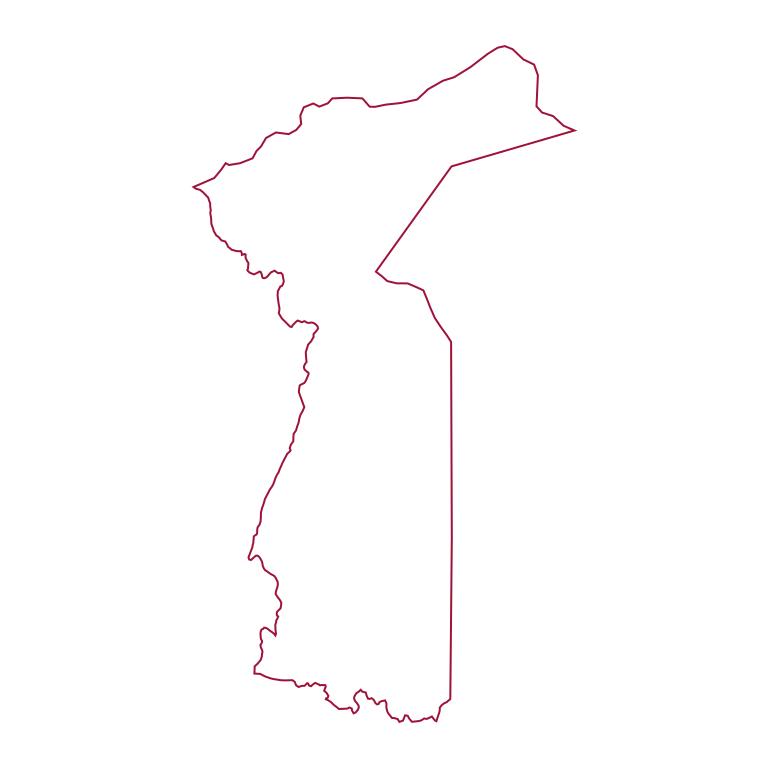 Ayene, Wele-Nzás, Equatorial Guinea
{"feature_id": "11065452B61336086634219", "entity_name": "Ayene", "entity_type": "district", "adm_level": 2, "iso_a3": "GNQ", "parent_name": "Equatorial Guinea", "parent_adm1": "Wele-Nzás", "projection": "robinson", "projection_center": [10.614, 1.791], "detail": "fine", "context": "isolated", "style": "outline", "palette": "rose", "viewbox_px": 768, "rotation_deg": 0, "n_neighbors": 0, "source": "geoboundaries", "source_scale": "gbopen_adm2", "svg_char_len": 4899}
<svg xmlns="http://www.w3.org/2000/svg" viewBox="0 0 768 768"><path d="M449.7,699.7L450.3,698.9L451.8,538.2L451.1,341.9L447.0,335.5L440.6,326.7L434.8,317.9L430.1,307.2L427.1,299.4L423.4,290.4L417.9,287.8L407.6,283.4L396.6,283.3L387.3,281.1L381.6,276.0L375.9,271.7L451.5,166.4L574.5,130.5L563.6,125.8L553.1,116.1L542.0,112.5L536.5,106.3L537.9,75.3L534.1,64.6L523.3,59.4L512.6,49.2L504.8,46.1L497.7,47.7L487.8,53.8L470.6,67.0L454.2,77.2L442.8,80.8L428.1,89.2L417.0,99.6L400.1,103.1L385.9,104.6L375.2,106.8L369.7,106.7L362.4,98.4L347.0,97.7L335.2,98.3L332.2,98.4L327.9,103.3L319.3,106.6L313.3,103.5L303.8,107.3L300.3,115.6L301.2,124.0L296.3,129.9L288.7,134.1L275.9,132.5L266.0,138.0L261.0,146.5L256.5,151.0L252.6,158.3L249.9,159.3L249.6,159.5L240.0,163.2L229.1,165.0L225.7,163.2L221.3,169.5L214.3,178.0L193.5,187.0L194.8,188.0L195.9,188.7L200.1,189.9L203.2,192.4L206.5,195.9L208.3,197.7L208.7,199.4L210.2,203.6L210.2,206.4L210.8,210.6L210.2,212.7L211.1,218.0L211.4,223.9L212.9,228.1L213.9,231.3L216.3,235.5L218.5,236.9L221.5,240.4L225.3,241.5L227.3,244.9L228.0,246.7L231.8,249.8L236.3,251.0L238.7,251.3L240.8,251.1L241.8,253.0L241.9,254.9L244.8,254.0L245.6,254.5L245.6,257.9L247.2,261.3L248.1,262.4L248.4,263.2L248.0,268.5L247.3,270.3L249.6,272.6L252.6,273.9L254.0,274.4L255.6,273.6L257.2,272.9L259.4,271.6L260.6,271.9L261.4,273.5L262.0,275.4L262.2,277.0L263.1,278.1L265.0,278.1L266.7,277.1L267.8,276.1L268.9,274.6L271.2,272.2L274.7,270.7L276.6,272.2L278.2,273.2L280.8,272.8L282.5,274.4L283.8,281.2L283.0,284.1L281.8,286.1L280.4,286.4L277.8,291.3L277.8,292.9L277.6,294.5L277.6,295.9L278.7,304.2L279.5,308.4L279.3,310.6L278.8,313.3L281.7,318.2L283.9,320.5L285.4,321.9L287.4,324.0L290.2,326.7L291.8,326.9L292.7,325.2L295.8,322.0L297.5,320.6L298.7,320.9L300.4,321.6L301.9,322.2L303.8,321.4L304.7,321.2L306.0,322.1L307.5,322.8L309.6,322.8L311.8,322.5L313.3,322.9L315.1,323.8L317.5,326.2L318.1,328.4L317.4,329.6L315.7,331.8L313.7,333.8L313.5,335.1L313.6,336.9L311.1,341.3L308.1,344.6L306.9,348.7L305.8,352.1L306.0,356.3L306.4,360.7L306.6,361.9L305.1,363.9L303.9,366.5L304.0,367.6L304.5,369.5L307.1,371.8L308.1,372.4L308.6,373.3L308.4,374.7L305.9,380.6L305.2,381.7L304.3,382.9L303.1,383.6L300.2,385.0L299.6,386.0L299.3,387.9L298.8,391.8L299.5,394.0L304.3,407.1L302.6,411.1L300.4,415.0L299.4,418.2L298.6,422.6L297.2,426.4L296.0,430.5L293.7,433.7L293.4,437.0L293.3,441.3L290.8,444.8L289.7,448.2L290.6,450.4L289.1,452.2L287.3,453.7L282.9,462.0L279.5,469.7L278.5,472.5L277.1,474.6L275.5,477.9L274.2,481.7L273.0,484.8L271.6,487.1L270.0,489.3L269.0,491.2L267.3,494.5L264.9,499.1L264.1,502.1L263.1,505.4L262.2,507.7L261.4,510.7L260.9,512.8L260.9,516.2L260.6,521.3L259.5,524.8L258.3,526.2L257.5,527.7L257.2,529.9L257.2,532.0L256.8,534.2L256.1,534.8L254.7,535.6L253.8,536.5L253.6,539.2L253.3,542.9L252.5,545.7L252.5,546.9L248.5,557.3L249.2,559.5L251.0,560.0L255.7,555.8L257.4,555.6L258.9,556.6L260.6,559.0L262.1,561.9L262.5,564.1L262.7,565.7L263.7,568.1L264.9,570.0L266.4,570.9L268.8,572.7L270.5,573.9L274.2,575.9L275.7,577.9L277.7,582.0L277.8,584.7L277.3,587.3L276.0,591.3L275.6,593.9L277.9,597.5L279.6,599.6L281.2,602.4L281.2,604.8L280.5,608.4L277.3,611.5L276.8,612.7L276.7,614.7L277.3,615.8L278.2,616.4L277.5,618.3L276.3,620.4L276.1,622.0L275.3,625.0L275.4,628.1L275.5,629.9L276.0,633.5L275.4,635.5L273.7,633.4L271.7,631.9L269.9,630.7L267.6,628.8L266.0,628.0L264.2,627.6L262.9,629.0L261.5,629.5L260.6,632.1L260.5,634.7L260.9,638.9L262.0,640.8L262.1,641.9L261.1,644.1L260.4,644.9L261.0,647.8L261.9,649.5L262.4,651.2L262.4,652.8L262.0,653.9L261.9,656.2L260.8,659.7L258.6,662.5L257.3,664.0L254.7,666.3L254.5,671.1L254.4,673.6L256.5,673.7L260.2,673.9L263.2,675.5L264.5,676.1L265.9,676.8L268.2,677.5L270.7,678.4L273.7,679.1L277.8,679.7L280.6,680.2L284.8,680.4L292.4,680.2L294.7,681.8L296.1,685.3L298.6,687.0L301.7,685.9L304.6,685.8L307.2,683.2L308.2,683.6L309.1,685.6L311.1,686.2L312.7,684.6L315.2,682.9L319.1,684.6L319.9,685.4L321.6,685.0L325.4,685.2L325.7,686.8L325.0,688.3L324.2,690.8L326.5,692.8L328.4,695.9L327.7,697.8L326.2,698.3L325.8,699.2L328.4,700.4L331.1,702.2L333.6,704.7L339.1,709.0L347.3,708.6L349.4,707.5L351.8,708.6L351.9,710.3L353.6,713.3L355.7,712.4L357.9,709.8L358.8,707.6L358.6,705.7L356.9,703.1L355.1,701.0L354.1,698.7L354.3,696.6L356.3,693.2L359.1,691.4L360.7,689.8L362.4,691.7L365.8,692.5L366.5,695.3L368.0,698.7L369.7,698.9L371.5,698.2L372.8,699.0L374.0,700.3L375.5,703.2L377.1,704.4L378.7,703.9L379.6,702.0L381.5,701.2L385.1,700.4L386.4,703.3L386.4,707.7L387.3,711.5L388.6,713.8L389.9,715.3L392.0,718.0L393.9,718.0L397.7,719.1L399.4,721.9L403.0,720.6L405.1,715.3L407.7,715.8L409.3,718.7L411.9,721.8L418.6,721.1L421.3,720.4L424.1,718.5L426.8,718.9L429.4,717.8L431.9,716.5L432.9,717.9L435.0,720.5L436.4,721.2L439.4,712.0L439.7,710.4L439.8,707.6L441.6,705.3L443.3,703.9L444.3,703.2L446.2,702.4L446.5,702.2L446.9,702.0L448.7,700.3L449.7,699.7Z" fill="none" stroke="#9f1239" stroke-width="2"/></svg>